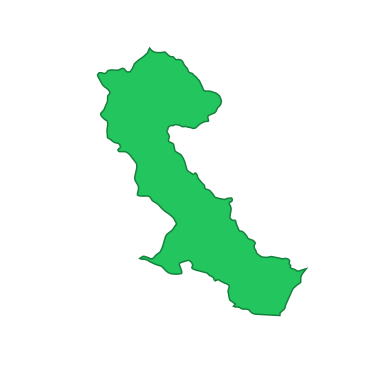 Mae Hong Son, Albers equal-area conic projection, rotated 320°
{"feature_id": "THA-374", "entity_name": "Mae Hong Son", "entity_type": "Province", "adm_level": 1, "iso_a3": "THA", "parent_name": "Thailand", "parent_adm1": "", "projection": "albers", "projection_center": [98.108, 18.681], "detail": "fine", "context": "isolated", "style": "filled", "palette": "green", "viewbox_px": 384, "rotation_deg": 320, "n_neighbors": 0, "source": "natural_earth", "source_scale": "10m", "svg_char_len": 6080}
<svg xmlns="http://www.w3.org/2000/svg" viewBox="0 0 384 384"><g transform="rotate(320 192 192)"><path d="M197.6,40.9L199.5,42.7L201.0,45.0L202.7,45.5L205.9,45.0L208.5,46.5L213.5,51.1L217.8,52.4L218.7,52.9L219.3,54.3L219.2,57.0L219.5,58.4L221.8,60.1L225.0,59.4L230.6,56.7L235.7,56.6L241.6,57.1L247.3,56.9L251.7,54.6L252.1,54.5L251.9,56.1L252.4,58.9L252.8,60.1L253.8,61.6L254.9,62.8L255.4,63.1L256.6,64.3L257.6,65.1L260.7,66.9L261.3,67.6L261.5,68.1L261.7,71.3L261.9,72.4L262.5,74.2L262.7,74.6L263.0,74.9L264.0,75.8L264.3,76.1L264.5,76.5L264.6,77.0L264.6,79.7L264.7,80.2L265.0,80.6L265.3,80.9L266.2,81.3L266.8,81.8L267.7,82.8L268.2,83.5L268.6,84.4L268.7,84.9L268.7,85.6L268.5,86.6L268.0,88.7L267.7,90.3L267.7,92.8L267.8,93.9L267.7,94.9L267.5,95.5L267.1,96.3L266.8,96.9L266.7,97.7L267.0,99.1L267.4,99.8L267.7,100.3L268.0,100.6L268.2,100.9L268.4,101.5L268.5,102.3L268.5,103.6L268.7,105.0L269.0,105.9L269.1,107.0L269.0,109.5L269.2,110.8L269.0,112.1L267.5,118.0L266.5,120.8L266.3,121.2L266.4,121.8L266.7,122.6L267.3,123.4L270.0,125.7L270.9,126.7L274.1,132.0L274.2,132.5L274.8,135.6L274.3,138.0L273.5,140.2L272.9,141.2L272.5,141.7L270.7,143.0L269.9,143.4L269.5,143.5L268.4,143.8L266.2,143.9L265.7,144.0L264.5,144.5L262.9,145.4L262.4,145.6L260.9,145.9L260.4,145.9L259.4,145.7L255.7,144.5L254.1,144.2L253.5,144.2L253.1,144.2L252.6,144.4L252.3,144.7L252.0,145.0L250.7,147.8L250.2,148.2L249.8,148.2L249.4,148.0L248.1,146.9L246.8,146.2L245.0,145.6L243.0,145.2L240.7,145.0L236.8,145.2L235.7,145.1L235.3,145.0L234.4,144.5L234.1,144.3L233.4,143.7L233.2,143.3L232.6,142.1L232.1,141.4L230.6,139.8L230.2,139.0L229.7,138.3L229.1,137.6L227.3,136.4L226.6,135.8L226.4,135.4L225.1,132.4L223.1,130.2L222.4,129.6L222.0,129.4L221.6,129.3L220.5,129.1L220.0,128.9L219.7,128.7L219.4,128.4L218.8,127.7L218.5,127.4L218.1,127.2L217.6,127.1L215.9,127.2L215.4,127.2L214.5,127.7L213.7,128.6L213.3,128.8L212.3,129.0L211.9,129.2L211.5,129.8L211.1,132.5L210.7,134.1L210.5,134.6L210.1,135.0L209.5,135.6L207.9,136.7L207.2,137.3L206.9,137.6L206.8,138.1L206.8,138.7L208.5,142.5L208.5,143.1L208.5,143.7L205.7,149.0L205.5,149.6L205.5,150.3L205.7,151.2L206.9,154.5L207.3,155.9L207.4,156.6L207.4,157.5L207.1,159.8L206.0,163.9L202.3,172.0L202.4,172.9L202.6,174.2L203.9,178.3L204.3,179.2L204.6,179.4L205.1,179.5L206.0,179.4L206.5,179.4L206.8,179.6L207.0,180.1L207.1,180.8L206.9,182.0L206.4,183.2L206.2,183.6L205.7,184.9L205.5,186.0L205.5,187.2L205.5,188.8L205.5,189.4L205.5,191.4L205.7,193.6L205.7,194.6L205.6,195.4L205.4,195.8L204.8,196.5L204.6,196.9L204.4,197.3L204.4,197.9L204.6,198.7L205.2,199.8L206.2,201.3L206.5,202.0L206.6,203.1L206.7,207.7L206.5,208.7L206.2,209.6L206.2,210.2L206.4,211.0L208.3,213.9L211.8,218.3L212.1,218.6L213.0,219.0L214.0,219.3L214.9,219.6L215.3,219.8L216.7,220.8L217.5,221.3L218.2,221.8L218.4,222.2L218.4,222.8L218.0,223.7L217.5,224.2L217.1,224.5L216.6,224.6L216.1,224.7L215.6,224.6L215.1,224.5L214.4,224.1L213.9,224.1L213.6,224.3L213.3,224.6L213.0,224.9L212.7,225.9L212.4,227.4L212.1,228.3L211.2,229.9L210.7,230.6L205.3,235.1L204.8,235.8L204.6,236.2L204.4,236.6L204.4,237.7L204.5,238.4L204.7,239.2L205.0,239.8L205.6,240.5L206.6,241.0L206.8,241.4L206.9,242.0L206.6,242.8L205.8,244.2L205.1,245.9L203.4,251.6L203.4,252.2L203.7,252.8L204.9,254.0L205.2,254.7L205.4,255.6L205.7,257.4L205.6,260.4L205.6,261.0L205.1,262.9L205.2,263.8L205.6,264.9L207.2,267.4L207.6,268.2L207.8,269.0L207.9,270.4L207.8,271.2L207.6,271.8L207.2,272.1L206.0,272.6L205.2,273.1L204.9,273.4L204.3,274.1L203.9,274.8L203.7,275.3L203.1,278.4L202.9,278.8L202.5,279.6L202.3,280.1L202.3,280.7L202.3,281.4L202.8,283.7L203.6,286.2L204.1,287.0L204.7,287.7L207.3,290.2L211.2,292.4L211.6,292.7L214.8,296.8L215.4,297.5L218.1,301.0L219.0,301.8L219.7,302.3L220.2,302.4L220.7,302.7L221.2,303.2L221.8,304.0L222.3,304.9L222.7,305.7L222.7,306.9L222.5,307.5L222.2,307.9L221.8,308.1L220.8,308.9L220.5,309.2L220.3,309.7L220.3,310.5L220.4,311.6L220.1,312.0L219.7,312.3L219.2,312.4L218.9,312.7L218.7,313.1L218.9,313.9L219.3,314.9L220.6,316.8L221.4,318.6L221.5,319.8L223.1,321.2L230.3,324.2L223.5,325.7L222.8,325.9L221.9,326.4L220.6,327.3L219.4,328.4L218.1,330.1L217.5,330.8L217.0,331.0L216.3,331.2L212.7,330.8L208.0,330.9L206.8,331.2L205.1,331.9L191.2,338.7L189.2,340.1L189.0,340.4L187.4,341.0L181.9,341.2L179.9,343.1L162.1,326.4L160.9,324.7L160.1,322.9L159.9,321.2L159.9,319.6L159.6,318.3L158.6,316.9L155.5,314.2L154.7,312.7L154.2,310.9L152.9,309.3L151.3,308.0L150.3,306.1L153.2,305.7L151.5,299.3L152.3,297.3L155.9,291.0L159.4,288.6L159.9,288.2L160.3,287.5L160.0,285.9L159.4,284.4L159.0,283.7L158.5,283.0L156.6,278.4L156.2,276.8L156.0,276.2L154.2,275.4L153.7,275.0L153.1,275.2L152.7,275.1L152.5,273.9L152.6,273.3L153.2,272.0L153.3,271.2L153.0,269.7L151.8,267.3L151.6,265.7L151.6,264.5L151.4,263.7L150.9,262.9L144.4,253.7L143.0,250.9L143.4,249.6L145.3,248.8L146.2,246.7L146.3,244.2L145.5,242.2L143.9,241.3L137.4,238.6L136.0,239.0L135.7,239.3L133.3,245.7L132.8,246.7L131.6,247.7L129.0,246.2L126.3,244.1L123.7,241.5L122.0,238.5L121.3,235.2L121.2,232.1L120.8,229.1L117.6,224.1L114.7,217.9L114.2,215.9L112.7,213.3L110.0,210.8L109.2,209.3L112.9,209.7L114.0,210.5L116.6,214.6L116.9,215.7L117.5,216.7L118.9,217.6L120.2,217.8L123.4,217.2L129.3,217.4L134.3,215.0L143.1,209.1L145.6,208.3L152.3,208.5L158.4,206.8L159.0,207.0L159.4,206.7L160.1,205.2L161.2,199.8L160.3,194.4L158.8,189.0L158.2,184.0L158.2,181.0L157.8,178.6L156.2,173.7L156.1,172.5L156.6,169.0L156.1,167.3L154.7,165.9L151.7,163.6L148.8,160.7L148.3,159.1L149.6,157.8L152.3,155.9L154.1,154.0L155.0,151.9L155.8,146.7L157.2,144.2L165.1,138.1L166.9,136.1L167.8,134.2L168.3,123.6L168.0,121.2L167.1,118.7L166.0,117.5L162.6,114.7L161.9,113.5L162.4,112.0L163.6,111.8L165.0,111.9L166.2,111.5L167.2,108.8L166.1,106.5L164.3,104.0L163.5,100.8L163.3,99.4L162.4,96.8L162.3,95.9L166.5,90.1L170.7,86.3L171.8,84.9L172.7,82.9L172.6,82.2L172.1,81.5L171.7,79.8L171.4,77.2L171.5,74.7L172.7,73.1L177.4,72.4L185.2,68.4L186.2,67.5L188.1,65.3L189.2,64.3L190.6,63.8L191.8,63.9L192.8,63.5L193.5,61.8L193.6,59.4L192.5,54.6L192.4,52.1L194.1,43.3L194.9,41.5L197.6,40.9Z" fill="#22c55e" stroke="#15803d" stroke-width="1.5"/></g></svg>